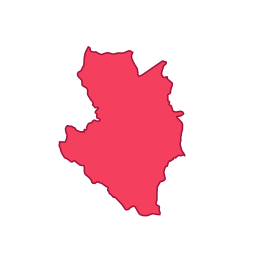 map outline of Ouaka (Mercator projection), rotated 145°
{"feature_id": "CAF-809", "entity_name": "Ouaka", "entity_type": "Prefecture", "adm_level": 1, "iso_a3": "CAF", "parent_name": "Central African Republic", "parent_adm1": "", "projection": "mercator", "projection_center": [20.78, 6.114], "detail": "fine", "context": "isolated", "style": "filled", "palette": "rose", "viewbox_px": 256, "rotation_deg": 145, "n_neighbors": 0, "source": "natural_earth", "source_scale": "10m", "svg_char_len": 5716}
<svg xmlns="http://www.w3.org/2000/svg" viewBox="0 0 256 256"><g transform="rotate(145 128 128)"><path d="M114.1,217.2L113.8,217.0L113.3,215.8L113.5,214.7L114.1,213.8L114.4,213.0L114.1,211.8L113.1,210.5L112.1,209.5L111.1,209.1L110.6,208.7L109.4,206.0L108.3,204.3L107.5,203.4L106.6,203.0L105.4,202.8L102.8,202.0L101.8,201.5L100.7,200.6L98.2,197.4L97.1,196.7L93.4,195.3L91.6,194.1L90.3,193.0L88.8,192.0L83.9,191.0L82.5,190.5L81.9,189.7L81.6,188.9L80.7,187.2L81.9,186.4L82.4,186.2L83.2,185.7L83.9,184.9L84.9,183.2L85.8,179.3L85.9,177.6L86.0,176.8L86.2,175.8L86.3,172.2L86.5,171.2L86.7,170.6L87.2,169.8L87.9,168.1L88.2,167.6L88.7,167.0L89.0,166.6L89.2,166.1L89.4,165.4L89.4,164.5L88.4,163.8L85.6,163.3L61.9,163.1L60.9,162.9L60.3,161.7L60.0,161.3L59.6,160.9L59.2,160.6L59.0,160.3L59.1,159.8L59.5,159.2L60.1,158.9L60.6,158.7L63.2,158.4L63.9,158.0L69.1,153.7L69.7,152.7L70.0,151.5L70.0,149.7L69.7,149.0L69.3,148.5L67.1,147.8L66.8,147.7L66.6,147.5L66.6,147.2L66.7,146.9L67.4,146.2L67.5,146.1L67.5,145.7L67.4,145.0L66.1,139.9L66.0,139.2L66.8,138.1L71.5,134.4L72.2,133.6L72.5,133.0L72.6,132.8L72.8,132.6L73.0,132.5L73.3,132.4L73.7,132.2L74.0,132.2L74.3,132.2L74.7,132.2L75.7,132.4L76.2,132.4L76.5,132.2L76.8,131.9L77.6,130.5L78.3,129.5L78.8,128.7L79.1,128.3L79.4,128.1L79.6,127.8L79.6,127.5L79.1,126.4L79.0,125.9L79.3,125.2L80.4,124.2L80.8,123.7L80.8,123.2L80.1,122.1L79.9,121.5L80.1,120.3L81.1,117.6L81.4,116.4L81.1,115.4L80.3,114.3L79.1,113.3L78.3,112.9L76.5,112.2L75.9,111.9L75.3,111.4L74.8,110.9L74.4,110.5L74.2,110.0L74.0,109.5L74.0,109.2L74.2,107.8L76.0,107.5L78.2,107.8L79.3,108.3L80.8,109.2L81.3,109.4L81.6,109.4L81.7,109.2L81.8,108.9L81.8,108.2L80.8,101.9L81.0,100.5L81.4,99.4L84.2,95.7L84.8,95.0L86.6,93.7L89.2,91.0L89.8,90.5L90.3,90.0L90.8,89.3L91.3,88.2L92.0,87.3L93.6,86.0L94.3,85.1L94.9,84.0L96.5,79.9L96.9,78.1L96.9,75.0L97.3,72.9L97.5,73.0L97.6,73.5L97.7,73.9L98.0,74.2L99.0,74.5L100.1,74.8L101.0,75.2L101.4,75.9L102.0,76.5L103.3,76.5L104.7,76.4L105.6,76.5L106.0,76.2L107.3,77.0L108.1,77.2L108.4,77.0L108.8,76.6L109.3,76.3L110.0,76.7L112.1,76.5L112.4,76.6L112.5,76.9L112.6,77.1L113.0,77.2L113.4,77.2L114.4,76.9L115.8,75.8L117.2,74.7L117.7,74.4L118.0,74.4L119.2,74.7L120.5,74.2L123.9,71.4L124.5,70.6L124.7,69.7L126.3,65.7L126.9,64.8L127.6,64.5L129.5,64.5L130.1,64.6L131.4,65.1L132.0,65.3L132.7,65.3L132.9,65.3L133.1,65.2L133.5,64.9L137.5,63.1L138.1,62.4L138.5,62.1L140.8,59.1L141.6,58.1L145.5,52.6L146.2,51.9L148.2,50.3L148.4,50.1L148.6,49.8L148.7,49.4L148.7,48.9L148.5,48.4L147.7,46.9L147.5,46.4L147.5,45.6L147.8,44.9L148.5,44.2L149.0,43.8L149.4,43.3L149.6,42.9L150.0,41.1L150.4,40.3L150.6,39.8L151.7,38.8L154.1,40.8L155.7,42.6L157.0,43.6L158.1,44.1L162.0,45.0L163.2,45.6L164.6,46.6L165.9,47.7L166.7,48.7L167.3,49.5L167.7,50.4L167.9,50.9L168.0,51.6L168.0,52.6L167.4,58.6L167.5,59.4L167.9,60.4L168.5,60.9L169.3,61.2L172.3,61.3L172.9,61.3L173.3,61.1L174.0,61.1L174.8,61.2L176.0,61.7L176.6,62.3L176.9,63.0L176.7,68.4L178.2,78.2L178.5,78.8L179.6,79.5L179.8,80.1L179.9,82.2L180.8,85.0L180.8,85.5L180.7,85.8L180.5,86.1L180.3,86.4L180.2,86.7L180.1,87.0L180.3,87.7L180.4,88.2L180.4,88.6L180.2,89.0L180.0,89.3L178.8,90.0L178.5,90.3L178.4,90.6L178.4,91.2L178.7,91.6L179.1,92.0L179.5,92.7L181.1,97.3L181.6,98.2L182.1,98.9L182.5,99.3L183.0,100.0L183.4,100.8L183.7,101.3L184.0,101.5L184.4,101.6L186.2,101.6L186.8,101.7L187.6,102.1L188.3,102.8L188.6,103.3L188.7,103.9L188.7,104.4L188.1,106.3L188.0,106.8L188.3,109.7L189.5,114.2L189.5,115.4L189.1,116.5L188.6,117.6L186.3,120.9L185.9,121.7L185.9,122.5L186.2,123.0L187.7,124.1L188.5,125.1L188.9,125.9L189.4,127.8L189.8,128.7L190.0,129.6L190.3,131.4L190.7,131.9L191.4,132.1L192.3,132.1L193.2,132.3L193.8,132.7L194.2,133.4L195.1,136.7L195.5,137.6L196.8,139.6L197.0,140.5L196.7,144.9L196.0,148.0L195.0,150.3L194.7,152.4L194.5,153.0L194.1,153.5L192.9,154.7L192.2,155.8L191.9,155.8L191.2,155.4L189.1,153.6L188.1,153.0L187.5,152.7L186.9,152.8L186.3,153.1L184.3,154.6L181.9,157.1L181.4,159.8L179.8,163.1L178.0,164.3L177.2,164.5L176.7,164.6L176.2,164.5L175.8,164.2L174.9,162.7L174.7,162.6L173.3,162.0L172.8,160.9L172.6,160.3L171.5,158.4L171.4,158.0L171.4,157.6L171.5,157.3L171.6,156.9L171.6,156.3L171.5,155.7L171.3,155.3L170.4,154.1L169.8,153.0L169.2,152.2L168.7,151.8L167.9,151.5L167.4,151.0L166.7,150.0L166.4,149.8L166.2,149.9L166.0,150.1L165.7,150.8L165.4,151.2L165.1,151.5L164.6,151.7L164.3,151.5L163.6,150.7L163.3,150.6L163.0,150.6L162.7,150.8L162.3,151.2L161.2,152.5L160.8,152.8L158.8,153.9L158.2,154.1L157.4,154.2L156.7,154.1L154.9,153.2L154.5,153.1L154.2,153.2L154.0,153.3L153.7,153.6L153.5,153.8L153.1,153.9L152.6,154.0L151.7,154.0L151.2,153.8L150.8,153.5L150.0,152.0L149.6,151.5L149.1,151.1L148.2,150.6L147.7,150.5L147.2,150.3L146.9,150.4L146.5,150.5L146.2,150.8L146.1,151.1L146.2,151.6L146.3,152.1L146.6,152.5L147.2,153.2L147.4,153.5L147.5,153.8L147.6,154.2L147.5,154.6L147.3,155.0L147.1,155.4L145.9,156.5L145.7,156.8L145.6,157.0L145.6,157.4L145.9,158.8L145.9,159.2L145.8,159.6L145.6,159.9L145.2,160.1L144.8,160.3L142.0,160.9L141.4,161.1L141.0,161.3L141.0,161.6L141.0,161.9L141.2,162.1L141.3,162.4L141.5,162.5L142.6,163.0L142.9,163.1L143.2,163.4L143.3,163.7L143.4,164.0L143.4,165.1L143.4,165.6L143.7,166.8L143.7,167.1L143.6,167.3L142.7,168.1L142.2,168.7L142.0,169.5L142.3,173.0L142.0,177.7L141.7,178.7L141.2,179.7L139.8,181.4L139.4,182.2L139.1,183.0L139.0,183.7L139.0,184.4L139.3,185.2L140.7,188.1L140.9,188.8L140.9,189.3L140.8,189.8L140.4,190.5L139.1,192.4L138.7,193.2L138.6,194.0L138.6,194.9L139.2,198.1L139.2,199.0L139.0,200.0L138.5,201.1L137.8,201.7L137.0,202.1L136.2,202.2L135.6,202.1L134.4,201.9L133.7,201.9L132.8,202.3L130.7,203.6L128.3,204.7L127.6,205.4L123.6,210.5L120.4,213.6L119.2,214.5L114.1,217.2Z" fill="#f43f5e" stroke="#9f1239" stroke-width="1.5"/></g></svg>